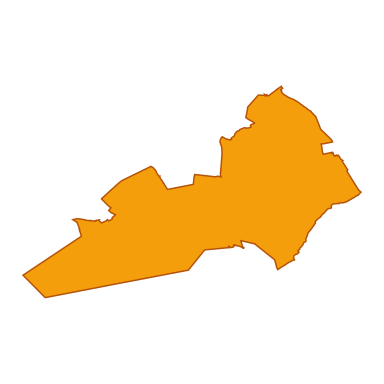 outline of De Fryske Marren, Friesland, Netherlands
{"feature_id": "6326949B89893145575998", "entity_name": "De Fryske Marren", "entity_type": "district", "adm_level": 2, "iso_a3": "NLD", "parent_name": "Netherlands", "parent_adm1": "Friesland", "projection": "robinson", "projection_center": [5.755, 52.912], "detail": "fine", "context": "isolated", "style": "filled", "palette": "amber", "viewbox_px": 384, "rotation_deg": 0, "n_neighbors": 0, "source": "geoboundaries", "source_scale": "gbopen_adm2", "svg_char_len": 5740}
<svg xmlns="http://www.w3.org/2000/svg" viewBox="0 0 384 384"><path d="M281.3,86.4L281.0,86.7L279.7,87.4L278.9,88.0L276.8,89.4L276.9,89.5L271.4,93.6L268.7,95.7L266.4,95.8L266.8,95.5L266.8,95.4L266.7,95.2L267.0,95.0L266.9,94.6L266.2,94.8L266.0,95.0L265.7,95.2L265.3,95.0L264.9,94.7L265.1,95.2L265.1,95.3L258.3,95.1L247.8,107.0L247.5,108.0L247.5,109.1L247.3,110.1L246.2,115.9L246.1,116.3L245.8,117.6L247.2,118.4L247.5,118.8L248.8,119.6L252.8,121.8L253.5,122.3L254.1,122.6L254.5,122.9L254.6,123.1L254.3,123.4L251.0,124.7L250.8,124.8L250.6,125.1L250.5,125.6L250.7,126.3L251.0,126.8L251.0,127.0L249.3,127.8L248.2,128.0L246.8,128.1L245.9,128.0L245.5,127.9L244.9,127.7L244.6,127.7L243.1,128.2L239.9,129.5L239.7,129.7L239.6,130.2L239.4,130.4L237.8,131.0L236.6,131.8L236.1,132.2L235.8,132.9L234.8,134.0L234.6,134.6L234.6,135.3L234.5,135.6L234.2,136.0L231.8,137.7L231.2,138.3L231.1,138.5L231.5,139.2L231.5,139.4L230.5,139.9L230.0,140.0L228.7,139.6L226.7,139.1L224.9,138.4L223.2,137.3L222.5,136.9L222.2,136.8L221.1,138.2L220.6,139.0L220.3,140.0L220.1,140.6L220.0,141.6L220.1,142.3L220.6,144.0L221.2,145.6L221.5,146.4L221.7,147.2L221.8,148.3L222.0,152.5L222.0,153.9L221.2,165.0L220.4,174.0L220.5,174.9L220.7,176.0L221.1,176.8L217.7,176.2L216.1,176.6L215.2,176.8L194.7,174.5L194.5,175.8L194.3,175.8L194.1,176.8L193.3,184.4L167.6,189.4L166.3,187.6L165.3,185.9L164.6,184.9L164.3,184.5L164.2,184.0L163.4,183.2L163.3,182.8L163.0,182.4L162.0,180.5L161.8,180.4L161.6,180.1L161.2,179.7L160.3,178.2L160.0,177.6L159.7,177.0L159.8,176.8L159.9,176.0L158.9,176.1L158.3,175.4L158.2,175.2L156.8,173.1L156.5,172.6L156.3,171.9L156.0,171.3L155.7,170.7L155.5,170.2L155.1,169.7L154.9,169.7L154.2,169.0L153.7,168.4L153.4,167.8L151.0,166.4L123.3,179.9L122.3,180.4L120.8,181.4L118.8,183.0L112.8,188.5L111.9,189.2L102.1,198.3L101.7,198.5L101.5,198.9L108.2,205.7L109.6,206.8L110.4,207.4L110.9,207.7L111.0,207.8L110.2,208.6L108.9,210.2L108.7,210.4L108.7,210.5L110.8,212.3L111.5,212.9L114.3,214.2L114.7,214.4L115.3,214.6L115.5,214.7L115.5,214.8L112.9,217.0L112.2,217.7L112.0,219.3L110.2,220.1L109.4,220.6L108.9,221.0L107.4,219.6L106.1,220.9L101.6,222.9L101.2,222.7L99.6,221.1L99.0,220.2L98.9,220.0L99.0,219.9L98.9,219.9L98.3,220.0L96.8,220.7L96.3,220.2L95.5,220.6L94.8,220.9L94.9,221.1L91.7,220.7L91.3,220.6L90.7,220.5L90.4,220.5L90.5,220.6L90.5,220.8L86.6,220.3L85.1,220.1L84.7,219.7L84.2,219.7L82.8,219.4L81.2,219.2L79.5,218.9L76.7,218.7L72.9,219.7L76.2,221.8L76.4,222.0L76.9,222.0L79.6,229.0L79.2,229.1L79.7,231.2L79.9,231.2L81.4,236.3L62.3,249.0L23.0,275.2L45.2,297.6L113.5,284.4L188.4,270.1L204.7,249.9L228.8,247.6L228.6,246.4L228.9,246.2L229.2,246.2L229.3,246.4L229.5,247.6L232.5,247.3L233.2,247.0L233.5,246.8L233.8,246.5L234.1,245.5L233.7,245.3L233.6,245.2L233.9,244.9L234.5,245.0L234.5,244.9L235.4,245.1L235.4,245.5L237.1,245.7L239.6,246.3L240.5,246.6L242.0,247.4L242.5,247.7L243.2,248.3L243.7,248.1L243.5,247.8L243.6,247.7L243.3,247.6L243.0,247.1L242.5,246.1L241.1,241.8L241.2,241.3L241.0,240.7L254.6,243.8L274.6,259.7L275.9,264.2L276.6,267.1L276.8,267.7L277.7,269.6L280.7,267.6L286.0,264.3L289.0,262.3L293.0,260.3L294.5,259.9L294.3,259.4L294.2,259.4L293.7,258.1L293.7,257.2L293.6,256.7L294.1,255.7L294.6,255.2L295.5,254.6L296.0,254.3L296.8,254.2L297.3,253.9L298.3,252.9L299.0,252.4L299.0,252.2L298.9,252.0L297.9,251.2L297.9,250.9L297.9,250.6L298.1,250.4L299.2,249.8L299.6,249.5L299.7,249.3L299.8,248.5L300.0,248.0L302.0,246.0L302.6,245.1L303.0,244.6L303.4,243.7L303.5,243.0L303.6,242.8L304.2,242.3L305.0,242.0L305.9,241.4L306.0,240.9L306.0,239.6L305.8,239.0L306.0,238.1L306.4,237.6L307.1,236.2L307.2,235.8L307.3,235.0L308.0,233.4L308.1,232.9L311.6,228.6L312.2,227.7L312.3,227.5L312.3,227.3L313.2,226.2L314.4,224.8L314.6,224.2L314.9,223.8L315.2,223.5L315.4,223.2L315.4,222.2L315.2,221.8L315.3,221.5L316.9,219.9L317.5,219.3L318.1,218.7L319.1,218.0L319.7,217.7L320.1,217.3L320.9,216.3L321.4,215.9L321.7,215.5L321.8,214.9L322.0,214.6L324.0,213.2L324.6,212.4L325.7,211.3L326.3,210.4L326.7,209.9L328.3,208.7L328.8,208.5L329.3,208.4L330.2,208.4L330.4,208.4L330.8,208.3L331.0,208.1L331.2,207.9L331.4,207.3L331.3,206.8L331.4,205.3L331.8,204.7L333.2,204.0L334.2,203.8L336.1,203.8L336.7,203.7L337.3,203.5L337.7,203.4L338.5,203.6L339.3,203.6L339.6,203.4L340.0,203.0L340.6,202.6L341.9,202.9L342.3,202.8L344.1,202.6L344.8,202.3L346.1,202.0L349.0,200.4L349.4,200.1L350.9,199.3L351.5,198.9L354.5,197.3L355.3,196.5L356.5,195.8L356.8,195.6L358.0,195.4L359.6,193.5L361.0,192.1L359.7,191.0L358.6,189.9L358.4,189.7L355.3,184.7L352.6,180.4L351.1,178.0L350.9,177.7L350.6,177.2L347.0,171.4L346.9,171.3L347.0,171.2L347.7,170.0L347.5,169.8L347.6,169.7L342.4,161.6L342.3,161.4L342.5,160.8L342.8,160.6L342.6,160.5L342.2,160.0L341.3,159.6L340.9,159.3L339.1,156.3L338.2,155.2L337.8,155.3L337.8,155.6L337.2,155.9L336.7,155.1L334.9,155.8L335.1,155.9L334.6,156.2L333.3,154.0L333.1,153.8L332.9,153.5L332.5,153.4L331.8,153.3L331.7,153.0L332.9,152.8L332.6,152.4L332.2,152.3L326.3,153.6L323.3,154.2L322.7,152.8L322.3,151.1L322.1,149.3L321.9,148.8L322.0,148.8L321.8,147.8L321.9,147.7L321.4,145.0L321.2,144.0L321.9,144.0L323.9,143.6L324.3,143.7L324.8,143.6L325.0,143.4L326.3,143.2L326.5,143.2L332.0,142.1L332.5,142.0L332.4,141.6L332.0,140.6L331.3,139.6L325.3,133.7L322.4,131.0L321.2,129.8L320.5,128.8L320.1,127.9L319.2,125.3L315.7,116.5L314.8,115.7L311.3,112.0L311.1,111.5L310.8,111.2L308.5,110.0L306.3,108.1L305.0,107.2L304.6,106.9L303.6,106.4L303.4,106.2L303.1,105.8L301.9,105.0L296.9,101.3L295.5,100.7L294.9,100.2L294.0,99.7L288.3,97.3L285.9,95.7L284.6,95.1L284.3,94.8L283.5,94.3L282.8,93.5L282.3,92.9L282.2,92.9L281.6,91.8L281.4,91.4L281.0,90.6L281.0,90.3L281.4,90.1L281.1,89.8L281.1,89.6L280.9,89.4L282.6,88.3L282.5,88.1L281.5,86.9L281.3,86.4Z" fill="#f59e0b" stroke="#b45309" stroke-width="1.5"/></svg>